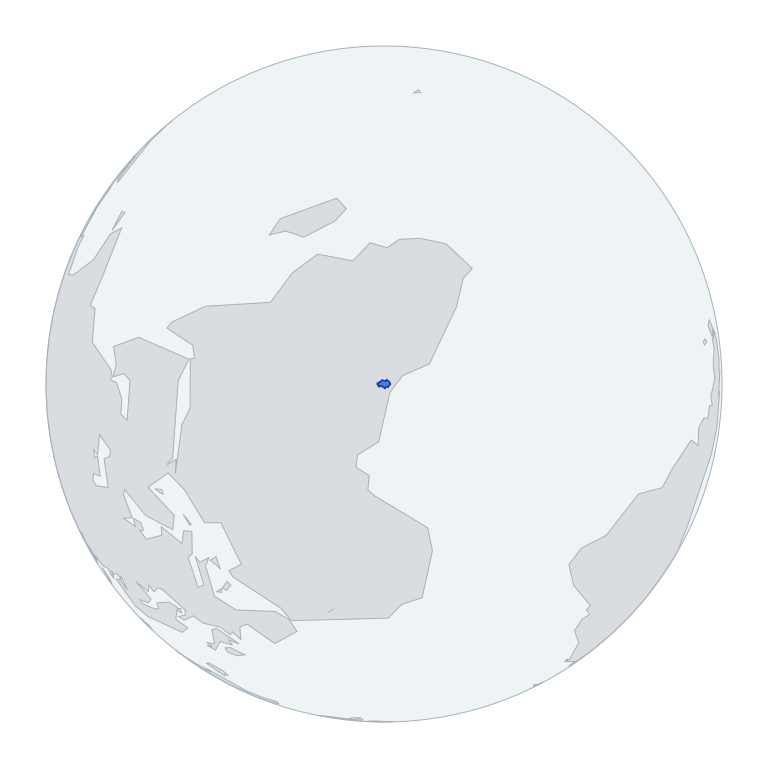 the Earth from above Cuanza Norte, rotated 224°
{"feature_id": "AGO-1878", "entity_name": "Cuanza Norte", "entity_type": "Province", "adm_level": 1, "iso_a3": "AGO", "parent_name": "Angola", "parent_adm1": "", "projection": "orthographic", "projection_center": [14.948, -8.858], "detail": "fine", "context": "on_globe", "style": "filled", "palette": "blue", "viewbox_px": 768, "rotation_deg": 224, "n_neighbors": 0, "source": "natural_earth", "source_scale": "10m", "svg_char_len": 7545}
<svg xmlns="http://www.w3.org/2000/svg" viewBox="0 0 768 768"><g transform="rotate(224 384 384)"><circle cx="384" cy="384" r="338" fill="#eef3f6" stroke="#a8b0b8"/><path d="M201.4,99.7L193.3,106.1L188.4,109.8L175.3,118.7L171.9,121.0L201.4,99.7ZM163.6,127.9L154.2,136.2L153.2,137.4L155.3,135.8L160.9,130.9L157.2,134.6L142.6,147.6L145.7,144.4L150.4,140.0L148.9,141.3L163.6,127.9ZM53.4,313.9L54.6,309.2L50.9,328.3L55.0,309.1L54.2,316.7L60.7,310.3L59.3,315.1L64.2,333.3L75.5,338.6L78.1,351.8L76.1,361.2L81.4,362.2L81.6,368.0L107.8,370.9L125.6,382.6L128.0,403.2L119.0,429.4L124.5,481.7L111.9,502.8L117.9,524.1L124.1,557.1L115.3,557.9L127.4,571.4L130.3,581.8L127.2,584.4L134.9,594.8L133.0,596.6L140.2,602.1L149.5,617.4L161.3,627.2L171.3,639.1L179.1,644.5L178.3,645.1L180.7,648.0L185.1,651.4L177.2,648.0L160.9,635.1L153.3,627.4L152.0,627.2L134.6,607.5L137.8,612.2L114.8,584.6L99.3,560.2L67.1,492.7L62.1,480.5L57.1,469.3L54.9,460.5L50.2,436.3L47.2,411.9L46.1,387.3L46.8,362.6L49.2,338.1L53.4,313.9ZM194.5,656.0L179.9,649.9L186.2,652.3L180.2,645.8L191.7,651.3L194.5,656.0ZM181.3,638.9L180.5,634.6L183.4,635.9L184.6,639.2L181.3,638.9ZM470.2,57.3L479.9,60.0L475.9,58.8L499.3,66.4L522.2,75.6L544.3,86.5L565.6,99.0L586.0,113.1L605.2,128.5L623.3,145.4L640.1,163.5L655.5,182.8L669.5,203.1L681.9,224.5L692.8,246.7L702.0,269.6L709.5,293.1L715.2,317.1L711.5,302.3L715.9,325.3L720.1,350.1L721.8,375.8L720.9,364.7L718.6,342.0L716.6,332.8L713.3,312.3L704.3,280.0L703.1,282.4L699.5,270.5L686.9,243.6L683.1,246.7L679.4,271.7L685.0,302.3L681.1,314.0L661.2,265.9L650.0,236.5L644.3,237.5L622.6,211.3L589.4,204.4L583.4,197.0L577.5,199.3L562.0,191.0L552.3,179.5L543.5,179.4L569.1,210.1L578.3,210.7L584.2,200.6L589.8,211.6L604.5,223.1L592.9,247.2L541.5,266.3L534.4,243.5L484.4,183.7L484.8,177.7L484.5,177.0L483.7,175.8L481.3,185.5L472.0,174.8L501.0,214.2L506.7,231.9L540.8,267.6L538.1,271.0L548.5,279.0L579.0,273.4L579.7,281.0L566.5,315.8L522.4,363.9L527.1,400.2L521.9,431.3L491.9,451.0L492.1,476.0L476.2,484.3L473.5,498.6L459.4,513.7L436.7,528.0L400.7,528.4L400.4,515.0L385.4,489.7L365.3,430.0L376.4,402.8L374.0,382.3L347.8,338.8L353.7,314.3L346.2,304.7L331.0,307.9L322.1,296.7L312.7,297.1L252.8,310.9L233.5,297.9L208.1,256.7L218.1,237.9L218.2,218.6L286.3,149.4L302.7,151.0L358.5,140.3L365.9,142.0L361.4,155.2L405.1,170.9L416.6,159.5L454.0,169.3L477.5,170.0L482.1,145.8L443.6,143.9L434.8,132.4L463.9,123.9L497.3,127.8L494.9,123.6L472.1,112.9L477.9,106.5L463.9,108.9L471.0,113.2L462.4,115.4L455.5,111.7L457.8,109.2L447.2,107.1L438.8,120.7L445.0,126.6L418.5,128.9L426.3,139.3L419.7,144.3L404.0,128.7L404.2,123.1L376.6,108.6L374.0,114.3L399.9,128.9L392.6,127.8L389.4,137.5L386.1,129.3L358.5,113.5L333.3,118.8L304.3,144.7L289.0,148.5L274.7,145.6L282.2,121.5L315.7,116.1L318.8,109.0L309.4,100.8L320.3,100.4L320.6,96.9L333.0,95.3L347.9,86.3L360.1,84.8L363.5,75.5L370.3,74.0L366.3,79.6L370.1,83.3L400.2,82.3L405.2,80.3L405.0,74.8L413.3,75.9L409.3,70.9L425.3,69.6L402.3,67.5L401.5,62.7L409.8,59.6L405.4,58.1L391.8,63.4L390.1,66.1L395.3,68.7L387.1,77.8L377.3,79.7L370.3,70.1L355.6,72.3L356.5,65.2L392.6,52.7L408.9,51.6L441.0,57.7L438.7,59.6L425.9,57.9L439.9,63.0L437.7,60.8L444.6,62.2L445.5,59.4L450.5,60.4L442.9,56.5L449.1,57.4L453.7,59.8L460.3,58.0L472.4,60.2L471.5,59.5L467.2,58.0L485.4,62.7L484.0,62.0L477.4,60.1L470.3,57.8L464.7,55.9L471.4,57.6L474.2,58.5L490.3,63.6L497.0,66.6L499.1,67.3L494.9,65.1L475.3,58.7L470.1,57.2L470.2,57.3ZM265.4,181.2L264.1,186.7L264.1,186.8L265.4,181.2ZM534.7,146.3L553.3,149.9L541.2,134.5L547.3,135.0L541.0,130.0L540.2,133.4L524.1,120.5L530.7,118.0L526.6,112.4L520.1,111.0L510.5,118.0L533.6,135.9L530.9,141.1L534.7,146.3ZM61.0,309.8L61.4,312.9L60.0,313.9L61.0,309.8ZM66.7,271.1L67.4,271.4L65.5,274.3L66.7,271.1ZM66.1,269.4L66.0,271.7L62.5,279.9L62.6,279.5L66.1,269.4ZM155.1,135.4L156.2,134.5L157.2,133.9L154.4,136.3L155.1,135.4ZM175.4,121.4L168.9,127.8L171.6,124.4L166.5,128.3L165.8,126.9L185.9,111.6L176.9,118.4L175.4,121.4ZM170.1,122.4L170.5,122.1L168.7,123.8L169.8,122.6L170.1,122.4ZM310.0,82.6L315.0,83.7L311.4,87.7L296.0,92.4L301.0,86.4L310.0,82.6ZM323.0,84.8L320.3,75.5L329.8,73.1L324.9,75.8L331.5,75.2L325.4,79.6L337.1,87.6L334.7,91.8L307.4,96.4L317.6,92.2L312.1,90.9L323.0,84.8ZM296.7,64.9L295.7,63.3L317.6,59.8L316.1,61.9L300.5,65.9L293.3,65.9L296.7,64.9ZM349.3,47.9L346.5,48.2L342.1,48.9L337.4,49.5L337.7,49.6L333.6,50.4L332.4,50.9L323.6,52.5L321.4,53.4L318.4,53.7L317.1,55.1L314.1,54.9L308.5,56.6L314.4,55.9L269.4,67.8L252.8,74.6L240.6,80.9L237.1,81.0L246.3,75.7L260.2,69.6L289.2,59.7L319.0,52.4L349.3,47.9ZM373.0,137.0L378.4,137.3L386.7,136.5L384.7,143.1L373.0,137.0ZM353.8,126.1L358.6,125.1L359.9,132.9L354.3,133.0L353.8,126.1ZM360.1,118.4L358.7,124.4L356.1,121.2L360.1,118.4ZM370.6,78.7L375.5,77.8L376.5,79.1L374.3,81.2L370.6,78.7ZM386.9,47.1L382.5,46.8L383.7,46.7L379.2,46.2L386.1,46.1L391.4,46.4L386.9,47.1ZM476.2,149.5L470.1,153.8L466.3,151.4L469.1,150.3L476.2,149.5ZM425.8,147.4L437.8,150.7L425.1,149.2L425.8,147.4ZM393.6,46.9L391.0,46.6L396.1,46.8L393.6,46.9ZM390.9,46.2L396.6,46.4L386.4,46.1L390.9,46.2ZM564.7,614.3L563.7,619.5L560.1,619.1L564.7,614.3ZM573.5,430.8L547.0,484.9L532.9,483.8L532.5,466.9L543.8,433.8L560.9,425.8L570.0,411.6L573.5,430.8ZM719.3,426.1L719.5,424.2L720.0,420.4L719.3,426.1ZM720.2,417.8L720.1,418.8L720.9,397.1L715.6,343.4L717.7,346.7L721.9,382.4L721.8,386.8L721.6,398.1L720.2,417.8ZM686.3,305.5L692.4,325.8L689.6,327.7L686.3,305.5ZM448.2,52.2L446.9,52.3L450.4,53.8L459.5,56.2L446.1,53.5L440.7,51.2L447.1,52.0L448.2,52.2Z" fill="#d9dde1" stroke="#a8b0b8" stroke-width="1"/><path d="M386.7,378.6L386.8,378.7L386.8,378.8L386.8,379.0L387.1,379.3L387.3,379.3L387.5,379.3L387.6,379.2L387.8,379.1L388.0,379.0L388.4,379.0L388.5,379.0L388.8,379.3L388.7,379.3L388.7,379.5L388.9,379.5L389.0,379.7L389.0,379.9L389.0,380.2L389.0,380.5L389.0,380.8L389.0,381.1L389.1,381.3L388.4,381.6L388.2,381.8L388.2,382.0L388.0,382.3L387.9,382.5L388.0,382.8L388.4,383.0L388.5,383.1L388.5,383.3L388.3,383.6L388.2,384.1L388.1,384.7L388.0,384.9L388.0,385.0L388.0,385.3L388.0,385.7L388.0,385.8L387.9,385.8L387.6,385.9L387.4,385.9L387.2,385.8L386.9,385.9L386.8,386.0L386.7,386.0L386.3,386.2L386.1,386.2L385.8,386.4L385.7,386.6L385.6,386.8L385.4,386.9L385.2,386.9L384.9,387.0L385.2,387.3L385.3,387.5L385.2,387.7L385.0,387.9L385.0,388.0L385.2,388.3L385.2,388.5L385.2,388.8L384.9,389.1L384.7,389.1L384.3,388.9L384.1,388.8L384.0,389.0L383.9,389.1L383.5,389.0L383.2,389.1L382.9,389.2L382.9,389.3L382.2,389.4L381.8,389.4L381.7,389.4L381.4,389.3L381.3,389.2L381.2,389.2L381.0,388.9L380.9,388.9L380.6,388.8L380.4,388.9L380.1,388.8L380.1,388.7L379.9,388.6L379.7,388.6L379.4,388.5L379.3,388.4L379.2,388.1L379.0,387.9L379.2,387.4L379.4,386.9L379.6,386.6L379.6,386.4L379.5,386.1L379.5,385.9L379.4,385.7L379.1,385.6L378.9,385.5L378.9,385.4L379.0,385.3L379.2,385.2L379.3,385.0L379.3,384.9L379.1,384.6L378.9,384.5L379.0,384.4L379.2,384.2L379.8,384.0L380.1,383.9L380.3,383.8L380.4,383.7L380.5,383.6L380.6,383.4L380.7,383.2L380.4,382.5L380.3,382.3L380.1,382.2L380.0,381.9L380.0,381.7L380.5,381.3L380.7,381.2L380.8,381.2L381.0,381.2L381.1,381.3L381.4,381.2L381.5,381.3L381.9,381.3L382.0,381.3L382.3,381.3L382.5,381.3L382.9,381.3L383.0,381.3L383.3,381.3L383.3,381.2L383.5,381.0L383.6,380.8L383.6,380.7L383.8,380.6L384.0,380.6L384.3,380.7L384.3,380.8L384.5,380.8L384.6,380.7L384.8,380.7L385.0,380.7L385.1,380.4L385.3,380.3L385.4,380.2L385.5,380.1L385.5,379.8L385.5,379.7L385.6,379.4L385.4,379.4L385.4,379.2L385.5,379.1L385.5,378.9L385.4,378.8L385.6,378.7L385.9,378.6L386.6,378.6L386.7,378.6Z" fill="#3b82f6" stroke="#1e3a8a" stroke-width="1.5"/></g></svg>